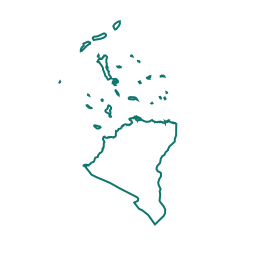 Alluhayah, Al Hudaydah, Yemen, rotated 60°
{"feature_id": "15242507B84016376764538", "entity_name": "Alluhayah", "entity_type": "district", "adm_level": 2, "iso_a3": "YEM", "parent_name": "Yemen", "parent_adm1": "Al Hudaydah", "projection": "orthographic", "projection_center": [42.589, 15.671], "detail": "fine", "context": "isolated", "style": "outline", "palette": "teal", "viewbox_px": 256, "rotation_deg": 60, "n_neighbors": 0, "source": "geoboundaries", "source_scale": "gbopen_adm2", "svg_char_len": 5847}
<svg xmlns="http://www.w3.org/2000/svg" viewBox="0 0 256 256"><g transform="rotate(60 128 128)"><path d="M148.5,84.1L147.9,84.7L147.2,84.7L146.5,85.7L146.5,86.2L146.2,86.2L145.9,86.7L145.6,86.6L145.6,87.0L144.5,88.0L143.9,88.2L143.2,89.0L142.9,88.9L142.4,89.9L142.5,90.3L142.3,90.0L142.3,90.3L142.1,90.2L142.3,90.6L141.8,90.7L141.9,91.0L141.5,91.3L141.8,91.9L141.3,92.2L142.1,92.2L141.4,92.4L141.8,92.7L141.6,93.1L142.1,93.4L141.7,93.4L141.9,93.7L141.1,94.8L140.8,94.5L139.8,95.9L139.4,96.0L139.2,96.6L139.0,96.4L138.7,96.7L138.2,97.7L138.3,98.3L137.6,99.0L137.7,99.7L136.3,101.5L136.3,101.9L135.8,101.8L135.2,102.1L134.6,102.9L133.1,103.2L133.1,106.2L131.8,109.1L129.6,111.0L129.0,111.2L128.5,111.8L127.8,112.0L126.5,114.8L126.2,115.8L126.5,116.2L125.9,116.2L124.7,116.9L124.2,116.2L123.8,116.5L123.5,115.1L122.9,115.0L122.7,115.3L122.6,114.7L122.3,115.0L122.1,115.0L122.1,115.5L121.4,116.6L122.3,118.5L121.6,119.1L120.7,122.0L121.0,122.4L122.1,122.3L122.8,121.6L123.4,121.5L125.4,121.7L126.1,124.6L125.8,124.9L126.0,125.6L124.8,125.7L125.6,125.8L124.9,126.9L124.9,127.3L124.5,127.2L123.9,127.9L124.2,128.1L123.9,128.0L123.6,128.3L123.3,129.2L123.2,130.2L123.7,130.8L123.7,131.1L123.3,131.0L123.2,131.7L123.8,133.0L124.4,133.3L124.8,134.6L124.3,136.3L124.1,136.5L123.7,136.0L125.0,137.7L124.9,138.2L125.5,139.9L125.0,140.1L128.4,142.3L129.0,143.0L129.0,145.0L128.7,144.9L128.4,145.9L127.1,147.4L126.8,149.0L126.5,149.0L126.4,150.0L126.1,150.0L126.1,151.1L124.6,152.7L123.8,152.6L123.6,153.5L124.2,154.5L125.2,155.3L127.1,155.3L128.7,155.6L128.9,156.4L132.6,158.8L133.2,159.6L132.9,159.8L133.0,160.0L133.3,159.8L133.9,160.9L134.9,161.4L135.1,162.3L135.7,163.0L135.8,164.3L135.6,165.0L136.7,167.5L138.0,168.7L137.4,170.9L137.7,171.7L139.8,173.9L140.1,174.7L139.7,177.1L140.3,178.9L140.3,180.1L140.8,180.8L140.5,181.2L140.1,180.8L139.5,182.1L138.8,182.6L138.6,183.4L138.4,183.5L138.1,185.0L138.4,185.3L138.8,185.1L139.4,183.9L140.1,183.2L140.6,183.6L140.6,184.3L150.3,182.9L155.2,179.6L166.6,171.0L175.9,165.5L192.5,154.8L194.2,154.4L196.0,155.9L195.7,159.9L203.4,158.9L206.4,156.8L213.4,154.0L225.0,152.9L222.0,141.1L220.4,138.5L217.0,136.5L213.7,136.3L208.5,137.1L206.7,137.0L202.0,133.5L198.5,132.1L197.2,130.3L193.2,130.0L190.6,129.3L188.0,126.7L186.3,123.5L183.5,122.0L182.0,122.6L180.5,123.8L179.8,123.9L179.2,123.7L177.9,123.9L176.9,123.1L175.7,121.9L174.2,117.6L170.9,114.9L169.5,112.3L169.6,110.1L167.8,107.6L167.2,104.5L166.5,104.0L164.7,101.3L163.2,94.4L161.0,93.0L158.4,90.0L148.5,84.1ZM55.8,110.7L54.0,111.1L53.3,112.4L54.3,113.6L54.4,114.0L54.1,114.2L55.0,115.6L55.0,116.4L54.4,117.5L53.9,117.2L53.4,117.6L55.2,121.3L56.1,121.0L56.4,120.1L61.2,119.6L63.8,119.8L64.8,120.4L69.5,121.0L71.3,121.6L72.5,121.3L76.1,121.1L76.4,119.8L76.2,119.0L76.8,117.6L74.7,117.4L72.3,117.8L69.9,117.0L69.6,116.3L67.4,116.8L64.6,116.5L64.2,116.2L64.5,115.7L65.6,115.9L66.1,116.3L66.4,116.1L65.7,115.8L65.4,115.3L63.3,115.3L61.9,114.3L60.0,113.8L57.4,112.1L56.5,110.8L55.8,110.7ZM34.6,113.7L37.1,106.9L37.6,103.8L37.3,101.2L36.3,100.5L34.8,100.7L34.0,101.6L33.5,107.9L32.8,110.0L32.0,111.6L32.0,112.6L32.6,113.7L34.6,113.7ZM103.2,133.4L101.7,132.4L99.7,132.7L98.7,133.5L98.9,134.1L100.7,135.7L101.2,136.8L101.2,138.3L101.9,139.1L102.6,139.2L103.7,138.9L104.9,138.0L106.6,137.2L107.9,137.6L108.2,138.1L109.3,138.0L110.3,136.8L109.6,137.1L108.1,136.9L106.7,136.3L106.3,135.7L105.1,135.1L104.0,135.1L103.5,134.6L103.2,133.4ZM36.1,118.7L35.2,118.1L34.9,118.2L33.5,119.1L33.0,120.5L33.0,122.9L32.6,124.0L32.6,124.4L34.4,125.0L35.3,128.2L36.8,129.9L37.9,130.5L38.1,129.8L37.0,125.3L36.7,124.9L36.6,123.8L36.2,122.9L36.2,121.4L35.8,120.3L36.1,118.7ZM36.2,90.0L36.5,88.9L35.3,85.5L33.7,82.9L31.5,81.7L31.0,83.0L31.0,84.8L31.3,87.4L32.5,89.8L34.5,90.1L36.2,90.0ZM103.4,112.6L104.4,111.5L106.2,108.8L106.6,106.9L108.1,105.9L106.6,105.9L105.2,106.6L104.2,107.5L103.9,108.3L102.6,110.1L102.1,111.6L102.5,112.5L103.4,112.6ZM109.5,156.3L112.8,155.2L113.5,154.2L113.8,153.5L113.8,151.5L113.0,151.4L109.3,155.0L109.0,156.0L109.5,156.3ZM80.1,116.4L81.1,116.0L81.4,115.4L81.1,114.3L79.9,113.7L79.1,114.4L78.3,116.3L80.1,116.4ZM94.4,119.3L91.1,119.3L90.1,119.7L89.6,119.5L89.1,119.8L89.3,120.1L90.3,120.2L93.3,120.3L95.0,119.7L94.4,119.3ZM92.2,150.5L92.5,149.5L92.8,149.3L92.9,149.1L93.0,148.8L92.8,149.3L92.4,149.5L91.0,150.8L88.5,151.4L87.8,151.9L87.7,152.4L88.7,152.4L90.6,151.9L92.2,150.5ZM71.0,105.7L71.8,103.9L71.7,103.7L70.2,104.6L69.5,106.5L70.3,106.4L71.0,105.7ZM99.8,74.0L100.5,72.2L101.7,70.8L101.1,70.7L100.5,71.1L99.4,72.6L99.4,73.8L99.8,74.0ZM82.7,116.1L83.4,115.5L83.2,114.8L83.3,114.2L82.9,113.9L82.2,114.5L81.9,115.7L82.2,116.1L82.7,116.1ZM93.5,95.6L95.3,95.3L95.3,94.4L93.5,94.4L93.5,95.6ZM95.8,85.2L94.3,85.4L93.9,86.4L94.5,86.6L95.0,86.3L95.8,85.2ZM95.5,84.3L95.1,83.3L94.3,82.7L93.9,83.5L94.0,84.2L95.5,84.3ZM91.8,136.5L91.0,135.8L90.4,136.0L90.3,136.8L91.3,137.1L91.8,136.5ZM120.0,80.8L119.9,81.4L120.2,81.6L121.6,81.6L121.5,80.9L120.0,80.8ZM119.0,84.7L118.7,84.5L117.2,84.5L117.0,84.9L117.9,85.2L118.8,84.9L119.0,85.5L119.0,84.7ZM84.5,117.4L83.4,117.6L82.9,118.0L83.9,118.3L84.2,118.1L84.5,117.4ZM68.3,88.3L67.6,88.2L66.8,88.8L66.8,89.1L67.2,89.4L68.3,88.3ZM82.1,118.5L81.3,117.9L80.6,118.2L81.7,119.0L82.1,118.5ZM51.0,117.2L50.0,117.0L50.7,118.3L51.3,118.3L51.0,117.2ZM75.3,85.9L76.5,85.1L76.1,84.8L75.6,85.1L75.0,85.8L75.3,85.9ZM79.6,145.5L79.1,145.9L79.5,146.2L80.4,145.6L79.6,145.5ZM125.5,113.2L125.3,113.2L125.1,113.5L124.4,113.5L124.3,113.9L125.8,113.9L125.3,113.4L125.5,113.2ZM127.1,112.2L125.5,112.5L125.2,112.7L125.1,112.9L125.1,113.1L125.4,112.6L126.4,112.9L127.1,112.2ZM118.8,95.1L118.8,94.5L118.2,94.6L118.4,95.4L118.8,95.1ZM54.1,163.6L53.7,163.6L54.8,165.4L54.1,163.6ZM117.1,76.6L116.6,76.5L116.2,76.8L117.0,77.1L117.1,76.6ZM82.6,113.4L82.3,113.2L81.8,113.3L82.3,113.6L82.6,113.4Z" fill="none" stroke="#0f766e" stroke-width="2"/></g></svg>